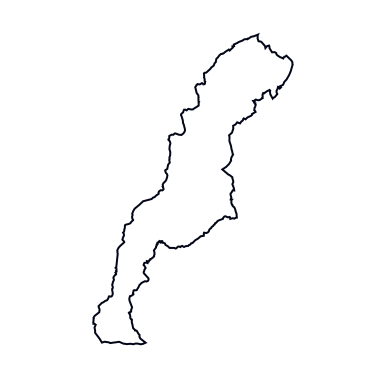 outline of Talmaciu, Sibiu, Romania, rotated 342°
{"feature_id": "2599482B89024892263144", "entity_name": "Talmaciu", "entity_type": "district", "adm_level": 2, "iso_a3": "ROU", "parent_name": "Romania", "parent_adm1": "Sibiu", "projection": "mercator", "projection_center": [24.164, 45.604], "detail": "fine", "context": "isolated", "style": "outline", "palette": "ink", "viewbox_px": 384, "rotation_deg": 342, "n_neighbors": 0, "source": "geoboundaries", "source_scale": "gbopen_adm2", "svg_char_len": 5983}
<svg xmlns="http://www.w3.org/2000/svg" viewBox="0 0 384 384"><g transform="rotate(342 192 192)"><path d="M297.6,128.1L298.5,127.5L299.9,127.4L303.4,125.2L303.2,123.5L303.6,122.0L305.4,120.1L306.1,118.9L307.3,120.8L308.9,120.0L308.0,118.7L311.8,118.2L313.7,115.9L316.7,114.2L320.5,110.8L323.1,107.8L326.5,102.8L327.1,102.0L327.0,101.4L327.6,99.6L327.1,97.5L323.9,91.5L322.6,92.0L321.5,91.9L320.0,93.2L319.2,92.3L317.4,90.9L315.5,88.5L314.9,87.3L315.0,85.8L313.8,84.5L311.3,83.9L310.2,79.4L310.6,77.1L310.5,76.5L308.3,76.5L306.3,77.8L306.5,75.7L304.6,71.2L303.9,70.2L301.9,69.2L301.8,66.5L302.8,63.4L303.4,62.7L299.0,63.0L296.2,62.7L292.3,63.8L292.1,63.5L291.7,63.8L290.9,63.3L288.6,63.0L286.7,63.6L282.5,63.8L281.5,64.2L277.3,64.7L277.1,66.3L275.5,66.0L275.5,67.2L271.5,69.1L271.0,67.9L266.6,69.1L264.7,70.0L263.6,69.7L263.1,70.0L262.0,69.7L260.3,70.5L258.0,72.1L256.4,72.8L255.0,75.2L254.9,75.7L253.2,76.6L251.7,78.5L248.9,79.5L247.4,80.6L243.5,82.4L242.1,82.9L240.8,82.5L240.0,82.9L239.4,85.6L238.8,86.9L238.9,87.2L238.9,88.6L238.3,90.3L238.7,91.2L237.6,93.1L237.1,93.3L236.0,93.1L235.6,91.8L235.0,91.5L232.7,92.1L230.6,91.1L229.5,91.5L229.5,91.8L227.5,93.2L227.0,99.5L227.7,101.1L227.9,102.1L227.6,103.0L227.6,104.0L227.2,104.4L226.2,107.8L226.1,108.2L226.5,108.5L226.0,109.0L225.0,111.9L218.1,113.7L216.6,113.2L214.2,111.8L212.1,112.7L211.1,111.6L209.9,111.3L209.4,111.7L208.3,113.4L205.7,114.6L205.3,115.5L205.5,116.9L205.4,120.9L204.8,123.7L205.0,125.4L204.7,129.9L204.3,131.4L203.6,132.3L202.0,133.6L199.6,134.5L197.1,133.4L194.5,131.3L193.6,131.0L192.0,131.8L190.4,131.2L187.7,131.7L187.1,133.4L186.2,135.1L185.8,135.0L185.8,135.5L186.4,136.3L186.6,137.6L186.4,139.3L185.2,141.0L183.8,144.1L183.7,147.3L182.6,150.2L181.1,152.4L180.9,153.7L180.3,154.4L179.9,157.2L177.7,158.7L175.6,162.4L173.2,163.1L173.0,164.1L173.1,165.6L173.7,167.1L173.8,168.4L172.8,170.4L171.1,172.7L169.9,173.6L167.5,174.8L166.4,176.0L166.1,177.8L165.7,177.9L166.0,179.7L165.7,180.7L164.4,181.3L162.7,180.6L160.8,181.3L160.0,182.1L159.9,183.1L159.6,183.5L157.0,184.2L154.8,185.3L153.3,185.3L151.4,186.2L142.6,185.7L137.8,188.0L132.4,190.1L130.5,191.7L128.4,194.2L128.4,195.6L127.4,196.9L127.0,198.7L127.4,200.3L127.3,200.6L125.2,201.5L123.8,202.6L121.9,202.9L119.2,202.6L118.0,202.9L117.0,205.4L115.9,206.9L115.8,207.6L114.8,209.0L113.9,209.3L114.2,211.1L113.8,212.5L112.6,213.6L111.1,215.8L112.1,218.2L112.0,218.9L106.6,221.3L104.5,222.7L102.8,224.6L102.8,225.5L102.4,226.2L102.3,227.7L96.9,239.8L95.9,240.5L96.5,241.2L96.1,243.0L95.4,243.4L95.6,244.4L94.3,244.9L94.6,246.4L94.3,246.9L92.9,247.3L91.0,248.8L90.7,249.4L90.7,251.0L90.4,251.7L88.8,253.4L88.3,254.5L87.4,255.6L87.3,258.0L86.7,259.2L86.2,259.4L85.8,260.4L85.4,263.6L84.7,265.2L83.4,266.4L82.8,266.5L80.9,265.6L80.2,266.3L79.4,267.4L77.8,268.7L75.6,268.8L73.6,269.5L72.0,269.6L67.9,271.7L67.7,272.2L67.8,275.3L66.6,277.7L61.0,279.8L59.5,281.2L59.5,282.1L59.0,282.5L58.7,283.7L57.6,285.9L57.9,286.5L57.7,286.9L58.3,287.0L59.4,288.5L57.4,290.8L57.1,293.4L56.4,296.1L58.7,302.8L59.8,307.4L62.6,307.4L66.6,309.4L67.5,310.4L76.5,312.0L79.9,315.0L83.2,316.6L86.5,317.3L89.3,318.7L90.8,318.6L93.1,319.2L96.2,321.0L98.3,321.3L101.3,321.0L97.6,315.5L97.3,313.3L97.8,312.3L97.9,311.5L97.4,310.9L96.6,307.2L96.4,306.7L95.0,306.1L95.1,305.3L94.0,303.7L94.1,303.4L94.0,302.6L94.4,299.5L94.4,297.8L94.9,296.0L95.4,295.1L95.3,294.5L94.7,294.2L94.5,293.3L94.4,292.4L94.8,291.5L95.1,289.7L94.6,287.4L95.4,287.0L96.3,287.4L96.9,287.0L97.4,286.5L97.4,285.8L99.4,283.1L99.0,276.9L99.1,275.3L99.4,274.1L100.8,271.9L102.2,272.0L104.7,271.3L104.8,270.9L104.5,269.9L105.4,268.8L105.9,267.7L106.7,267.5L108.3,268.2L109.1,268.2L111.8,265.9L113.1,264.4L115.9,262.9L119.6,262.3L121.1,263.1L122.9,262.8L123.7,261.7L123.9,260.6L121.3,254.8L121.1,254.0L121.3,253.2L122.1,252.4L122.9,251.0L124.3,250.1L124.4,249.5L124.0,248.5L124.0,247.5L123.4,246.6L123.6,246.1L124.8,244.7L126.7,245.0L127.8,245.9L128.0,245.6L127.7,244.3L127.8,243.8L129.5,244.7L130.3,243.7L131.3,243.6L131.6,242.9L132.8,242.9L136.0,241.6L136.3,240.6L137.2,239.6L137.7,237.2L137.7,235.8L140.6,233.7L141.0,232.6L142.0,232.1L142.1,231.0L143.4,230.7L143.2,229.8L143.5,229.4L144.8,229.4L145.4,228.7L146.2,228.6L146.4,229.0L146.3,230.2L146.6,230.5L147.1,230.3L147.9,229.3L148.4,229.4L148.6,229.7L148.4,231.2L149.1,231.4L150.4,232.6L150.4,234.0L152.3,236.2L153.4,238.3L157.9,239.7L158.9,240.7L159.5,240.7L162.0,239.6L162.9,239.9L163.9,240.8L165.3,240.2L165.9,240.2L167.4,241.8L169.6,241.6L171.7,242.1L172.7,241.5L174.1,241.5L175.4,240.5L176.6,240.7L180.4,238.8L183.3,238.2L186.6,236.8L189.7,237.3L190.5,234.9L190.9,234.4L192.8,235.4L194.3,235.4L195.4,234.9L196.2,234.2L196.6,233.4L197.7,232.6L198.8,232.4L199.8,231.4L201.3,231.0L202.5,230.1L203.5,229.9L204.2,228.9L205.6,228.7L207.0,227.7L208.3,227.3L213.1,227.1L213.7,226.2L215.3,225.3L216.3,225.4L218.3,227.2L220.1,227.4L220.3,228.2L220.1,229.4L222.7,229.5L223.9,230.4L226.1,230.0L226.7,230.2L227.7,226.1L227.5,225.2L227.7,221.5L227.5,219.7L226.4,218.0L226.5,217.6L226.2,216.8L226.4,216.4L226.0,215.8L226.1,214.3L226.9,212.3L226.8,211.8L227.4,211.5L226.5,211.1L227.7,209.5L227.8,206.6L228.2,205.4L229.3,204.8L231.3,203.0L232.6,203.6L233.0,201.2L232.8,197.0L234.2,195.6L234.6,194.2L234.7,190.7L234.9,190.4L233.2,187.8L232.1,186.8L227.8,179.9L232.2,178.7L235.8,176.9L238.9,174.2L239.1,173.0L240.3,171.2L242.7,169.0L242.4,168.3L242.8,166.0L242.8,163.5L243.3,160.5L243.3,155.1L244.7,151.2L244.7,149.6L248.4,147.9L250.9,144.4L251.6,141.7L254.3,141.2L256.5,139.7L258.9,141.6L260.7,140.2L262.4,139.7L263.3,138.4L264.0,138.0L265.3,139.4L267.9,138.2L271.6,137.8L273.0,137.1L273.1,136.4L277.2,135.5L276.9,134.0L276.5,133.5L277.6,131.1L278.4,130.5L279.6,128.6L279.6,127.9L279.2,127.9L279.1,127.6L278.4,124.5L279.4,125.0L279.2,124.4L281.2,123.8L282.7,124.9L284.5,125.5L288.1,124.5L287.9,124.0L288.6,123.5L289.2,121.1L290.3,119.9L290.9,120.5L293.7,119.5L297.3,118.9L297.7,119.9L297.1,120.6L296.7,123.4L297.6,128.1Z" fill="none" stroke="#020617" stroke-width="2"/></g></svg>